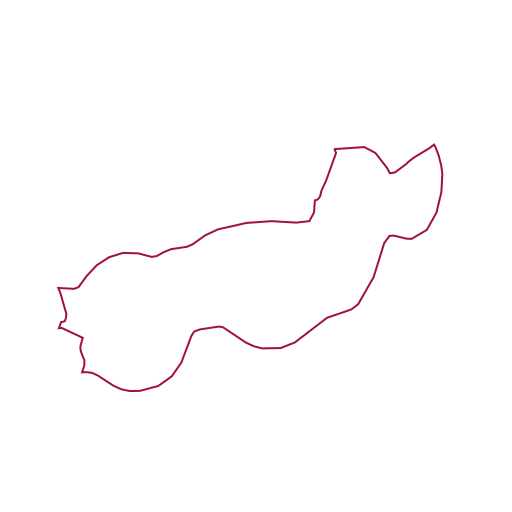 the border of Central River, rotated 140°
{"feature_id": "GMB-2151", "entity_name": "Central River", "entity_type": "Division", "adm_level": 1, "iso_a3": "GMB", "parent_name": "Gambia", "parent_adm1": "", "projection": "albers", "projection_center": [-14.922, 13.572], "detail": "fine", "context": "isolated", "style": "outline", "palette": "rose", "viewbox_px": 512, "rotation_deg": 140, "n_neighbors": 0, "source": "natural_earth", "source_scale": "10m", "svg_char_len": 1328}
<svg xmlns="http://www.w3.org/2000/svg" viewBox="0 0 512 512"><g transform="rotate(140 256 256)"><path d="M208.8,153.4L217.4,153.8L241.2,163.0L281.8,164.8L296.4,169.7L304.0,175.9L310.6,181.2L315.7,188.3L319.3,195.9L327.1,222.7L329.8,225.8L346.3,235.9L352.0,237.9L356.9,236.3L381.6,222.4L397.8,218.0L414.3,219.2L431.6,227.3L439.4,233.6L444.8,240.4L448.6,248.3L454.0,266.2L456.7,271.8L460.7,276.2L464.0,278.6L457.8,282.6L456.2,284.3L454.3,286.8L453.5,289.9L451.5,295.4L449.9,298.1L448.3,299.9L441.3,304.7L451.1,325.8L453.4,327.3L447.7,330.7L446.1,329.7L444.2,329.0L441.4,330.8L438.6,333.3L429.7,353.3L428.0,358.6L416.5,347.8L411.9,346.2L398.8,349.5L383.9,351.3L369.3,349.5L355.8,343.8L344.6,333.8L336.5,322.4L332.2,319.8L324.0,318.2L316.6,315.8L303.1,307.5L297.1,305.7L281.7,304.5L268.1,300.9L241.9,287.4L241.7,287.3L241.7,287.2L221.7,272.7L203.7,255.7L192.7,248.4L183.5,252.1L175.1,260.8L174.9,260.7L174.1,260.1L171.8,259.7L168.7,260.4L163.8,264.0L153.8,268.7L128.4,283.5L127.4,287.1L126.7,287.1L103.0,269.8L98.3,258.2L99.0,239.1L100.3,233.3L95.7,230.7L81.8,229.9L78.7,230.2L71.7,229.9L53.6,227.1L48.0,226.9L48.5,224.1L51.7,215.0L55.9,206.4L60.3,199.3L72.9,185.8L89.8,173.3L108.4,166.2L125.8,169.1L129.6,172.6L137.3,183.0L140.7,185.6L149.3,183.6L179.5,164.2L208.8,153.4Z" fill="none" stroke="#9f1239" stroke-width="2"/></g></svg>